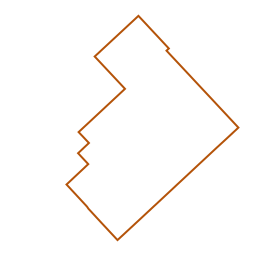 outline of Guadalupe, New Mexico, United States of America, rotated 137°
{"feature_id": "52423323B63657680318402", "entity_name": "Guadalupe", "entity_type": "district", "adm_level": 2, "iso_a3": "USA", "parent_name": "United States of America", "parent_adm1": "New Mexico", "projection": "mercator", "projection_center": [-104.647, 34.782], "detail": "fine", "context": "isolated", "style": "outline", "palette": "amber", "viewbox_px": 256, "rotation_deg": 137, "n_neighbors": 0, "source": "geoboundaries", "source_scale": "gbopen_adm2", "svg_char_len": 412}
<svg xmlns="http://www.w3.org/2000/svg" viewBox="0 0 256 256"><g transform="rotate(137 128 128)"><path d="M211.5,128.6L211.6,98.4L212.0,95.9L212.1,76.1L212.1,65.9L212.1,53.2L179.5,53.1L103.6,53.1L76.5,53.1L64.2,53.0L47.0,53.0L47.0,83.3L47.1,158.3L43.9,158.3L43.9,202.9L103.6,203.0L103.5,158.7L166.9,158.7L166.8,143.7L181.7,143.6L181.7,128.7L211.5,128.6Z" fill="none" stroke="#b45309" stroke-width="2"/></g></svg>